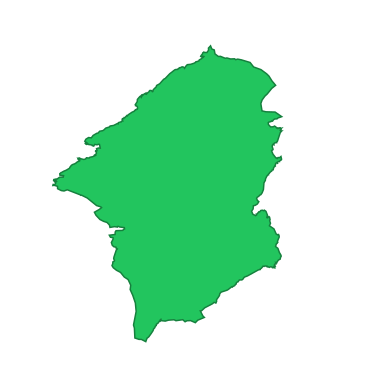 outline of Røyken nor, Buskerud, Norway, rotated 236°
{"feature_id": "86288312B91895261820086", "entity_name": "Røyken nor", "entity_type": "district", "adm_level": 2, "iso_a3": "NOR", "parent_name": "Norway", "parent_adm1": "Buskerud", "projection": "mercator", "projection_center": [10.397, 59.735], "detail": "fine", "context": "isolated", "style": "filled", "palette": "green", "viewbox_px": 384, "rotation_deg": 236, "n_neighbors": 0, "source": "geoboundaries", "source_scale": "gbopen_adm2", "svg_char_len": 6004}
<svg xmlns="http://www.w3.org/2000/svg" viewBox="0 0 384 384"><g transform="rotate(236 192 192)"><path d="M302.8,289.1L302.1,286.1L300.3,285.0L299.3,282.4L300.7,280.4L301.4,280.1L301.3,278.7L300.5,277.7L300.1,276.0L299.5,275.0L298.3,275.8L298.5,276.9L297.7,277.6L297.3,276.5L297.5,275.3L297.2,274.8L297.4,271.8L296.9,271.2L297.0,270.2L297.8,267.8L297.5,267.2L297.6,265.8L298.6,262.3L300.2,259.3L299.8,257.4L298.7,255.0L300.2,254.9L301.3,253.8L301.7,251.3L302.1,251.0L301.8,250.5L301.9,249.0L301.7,248.6L302.7,246.9L302.9,246.0L302.5,239.7L301.1,233.3L301.3,231.6L299.8,225.7L300.1,222.2L299.2,221.2L298.5,217.2L297.2,215.7L297.4,215.2L298.6,215.2L299.7,214.0L299.6,213.1L299.2,212.8L299.1,211.1L298.6,208.7L299.1,208.4L299.8,209.0L300.0,207.1L299.6,204.2L298.9,202.9L299.8,203.0L300.4,205.8L300.6,204.5L300.0,203.1L300.3,202.9L300.3,202.1L299.3,198.5L297.6,197.2L296.1,193.8L295.4,194.0L295.1,193.5L293.7,194.4L292.9,194.3L291.8,193.7L291.3,192.9L291.6,192.7L291.5,191.2L291.8,191.1L291.3,189.1L291.7,186.8L291.7,182.3L291.3,180.8L291.8,180.7L291.2,177.9L291.7,177.3L291.0,176.4L291.7,175.4L291.3,174.7L289.6,174.3L290.0,173.6L290.0,172.7L289.7,172.5L290.6,170.1L290.5,169.5L289.8,169.0L290.5,168.3L291.0,164.3L292.5,161.0L292.1,159.9L293.2,156.2L292.7,153.5L292.8,152.2L294.0,149.5L293.4,146.9L293.9,146.0L294.2,141.7L293.2,138.8L295.0,136.7L295.1,133.5L294.0,131.5L292.0,132.3L291.3,131.7L292.2,130.9L292.0,130.6L290.8,130.9L290.2,131.4L290.1,132.1L290.4,132.6L289.2,132.8L286.9,135.4L286.3,135.2L285.0,136.2L285.9,137.8L284.2,139.7L283.9,141.1L283.2,141.9L279.7,140.5L280.8,139.0L281.3,137.1L279.4,136.4L279.2,135.7L280.0,135.1L279.7,134.8L278.4,134.9L277.2,134.1L277.1,131.9L276.3,132.3L276.8,129.4L277.9,126.8L277.7,125.7L279.4,123.6L278.9,122.3L279.4,120.6L281.4,118.7L284.0,117.1L281.9,117.7L282.0,116.9L283.5,116.1L282.4,115.8L281.0,116.6L280.6,116.2L281.1,113.5L280.9,112.2L281.0,109.9L281.4,109.2L281.6,107.1L280.8,104.6L280.2,103.7L280.4,100.0L281.0,97.0L281.1,94.8L281.3,94.4L281.1,92.6L279.8,91.9L277.4,94.7L276.3,93.5L278.3,90.6L278.2,87.2L278.7,86.8L279.6,84.4L278.8,83.6L278.1,84.0L278.1,85.7L276.6,85.6L277.4,84.3L277.2,83.9L275.8,84.2L275.2,83.5L275.1,82.1L275.9,81.1L275.2,80.3L274.5,81.6L271.9,83.7L269.9,82.4L266.3,84.4L264.4,86.5L263.6,89.8L252.1,97.8L251.5,97.9L251.2,98.6L245.6,101.8L234.1,105.3L230.7,108.1L229.6,108.3L229.4,105.4L229.8,99.8L226.4,99.4L220.7,100.3L217.1,102.3L214.3,104.5L210.9,105.1L208.5,104.2L206.6,108.4L204.7,110.5L205.1,110.9L204.6,111.8L203.5,112.4L200.3,116.0L199.0,115.4L199.3,114.4L198.9,113.1L202.4,107.4L201.8,106.0L199.8,104.5L202.4,99.3L200.1,99.1L198.2,101.0L197.1,100.3L195.2,96.9L192.4,96.1L190.3,96.6L188.8,98.1L187.9,97.7L186.6,98.3L186.3,97.8L186.4,97.0L181.7,90.9L180.4,89.7L178.8,89.6L178.2,89.0L178.3,87.3L176.9,86.2L175.7,84.5L173.2,84.4L169.4,85.6L165.3,87.8L159.4,88.3L155.2,90.1L149.0,89.1L145.7,86.2L139.4,85.1L131.7,83.0L124.2,78.9L114.4,69.1L111.5,68.2L102.9,63.0L99.5,65.6L98.1,67.6L93.8,70.0L95.9,72.9L96.1,75.2L97.5,79.0L98.8,82.1L100.0,83.7L100.3,85.3L101.2,86.4L101.3,87.7L102.2,88.4L102.3,90.6L103.1,92.7L102.7,93.2L103.6,93.8L103.8,95.0L102.5,94.6L99.9,97.7L98.9,100.8L96.1,105.7L94.3,106.7L91.3,112.9L88.3,113.7L88.1,115.8L86.2,118.9L81.8,121.7L82.5,125.1L81.1,132.1L83.2,131.7L88.8,132.4L88.2,133.5L88.9,137.8L87.9,146.6L88.2,148.6L86.6,149.7L87.6,151.3L88.9,152.0L90.8,156.8L92.2,158.2L92.7,160.2L91.0,166.1L90.9,167.7L91.2,172.0L90.6,172.3L90.8,173.1L90.5,175.0L91.1,176.4L91.0,177.1L91.9,178.0L92.1,179.6L91.8,179.9L92.6,182.1L91.2,184.2L91.4,186.0L91.9,186.8L92.1,188.1L91.4,191.0L90.3,203.5L89.6,205.2L90.0,205.4L90.0,206.9L90.8,209.5L90.0,210.1L90.0,210.8L89.1,212.2L88.0,212.4L87.8,212.6L88.1,213.0L86.3,213.9L86.0,215.6L85.3,216.2L84.3,216.3L83.7,217.3L84.1,217.6L83.5,217.9L85.1,219.3L84.6,219.6L85.6,219.8L85.9,220.7L85.0,221.9L85.5,221.6L86.2,222.1L86.1,222.4L86.6,222.3L86.2,222.9L87.3,225.6L87.0,227.5L88.4,229.0L88.7,229.8L89.7,230.4L92.9,230.6L97.2,231.7L100.1,230.8L101.9,233.0L101.8,233.6L102.3,234.9L102.7,234.8L104.0,236.2L105.9,239.1L106.9,239.7L108.4,240.0L108.8,239.4L108.4,239.7L108.2,239.3L110.0,238.3L115.6,239.3L120.7,237.3L122.2,239.6L124.8,240.3L125.3,241.2L127.7,242.2L128.7,242.0L128.3,240.3L128.9,239.8L130.7,241.6L134.6,242.5L136.5,241.8L136.5,240.8L137.6,240.1L138.2,238.7L137.7,237.0L138.2,236.4L137.4,233.5L137.7,232.9L136.8,232.6L136.8,231.5L139.6,230.0L142.8,230.7L143.8,233.2L146.3,235.2L145.6,236.9L145.5,239.5L146.6,242.0L148.6,241.5L150.6,242.0L151.2,243.2L151.1,244.8L151.5,246.6L151.3,247.6L152.1,249.7L154.1,252.6L159.4,256.8L160.6,259.3L161.8,260.3L163.3,262.9L163.7,264.8L163.6,265.0L163.9,265.1L164.8,268.2L164.8,269.8L165.4,270.8L165.0,271.7L166.7,273.5L166.9,275.5L167.6,275.5L167.9,276.5L168.8,277.2L168.9,278.8L168.0,278.9L168.0,279.7L168.3,279.1L169.0,278.9L169.0,279.5L168.4,279.6L169.0,279.6L169.0,280.5L168.3,281.5L168.6,281.7L168.9,283.9L168.7,284.1L169.1,284.6L171.7,285.6L171.5,283.8L172.4,282.7L172.2,281.9L172.6,281.6L172.3,281.2L173.5,280.6L178.1,280.3L181.7,281.0L181.9,281.2L181.7,282.4L182.1,283.1L184.7,283.8L185.8,284.8L185.7,285.7L186.2,285.8L186.2,286.5L185.8,286.6L186.2,286.8L186.5,287.9L185.6,289.8L186.1,290.0L186.3,291.2L191.9,298.4L192.3,300.1L192.5,299.5L193.6,299.6L193.7,300.7L194.6,300.9L194.8,301.7L195.2,300.5L195.6,300.6L195.6,301.7L195.9,300.8L195.6,300.7L196.2,300.6L196.6,298.8L197.2,299.0L197.7,297.9L199.2,297.9L200.5,297.3L200.7,295.7L202.0,293.6L205.2,293.1L206.9,294.0L206.9,295.0L206.2,296.9L206.3,297.9L205.7,298.4L206.3,299.9L206.3,301.3L205.1,303.4L205.3,305.2L204.8,306.4L204.3,308.5L211.8,305.6L217.1,298.2L220.1,295.4L226.8,298.5L229.1,301.6L230.7,306.0L231.2,309.2L233.3,316.1L233.7,321.0L239.3,320.4L245.1,320.6L248.1,320.0L254.9,317.6L261.2,313.0L266.9,312.6L274.0,306.8L276.6,304.2L277.3,302.2L278.6,301.8L280.7,298.4L283.6,295.9L284.3,294.3L288.5,291.5L289.7,289.6L293.7,288.3L297.3,289.9L299.5,288.4L302.8,289.1ZM82.8,218.2L83.8,219.0L83.0,218.1L82.8,218.2Z" fill="#22c55e" stroke="#15803d" stroke-width="1.5"/></g></svg>